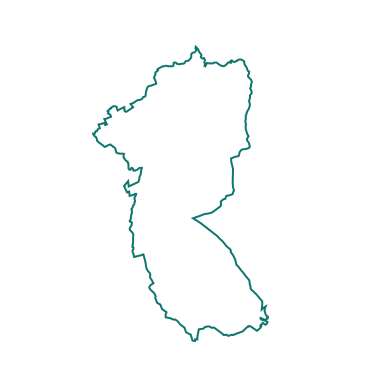 Santamaria-Orlea, Hunedoara, Romania, rotated 288°
{"feature_id": "2599482B19337014542277", "entity_name": "Santamaria-Orlea", "entity_type": "district", "adm_level": 2, "iso_a3": "ROU", "parent_name": "Romania", "parent_adm1": "Hunedoara", "projection": "orthographic", "projection_center": [23.001, 45.57], "detail": "fine", "context": "isolated", "style": "outline", "palette": "teal", "viewbox_px": 384, "rotation_deg": 288, "n_neighbors": 0, "source": "geoboundaries", "source_scale": "gbopen_adm2", "svg_char_len": 6042}
<svg xmlns="http://www.w3.org/2000/svg" viewBox="0 0 384 384"><g transform="rotate(288 192 192)"><path d="M62.3,222.0L60.7,226.7L56.9,229.6L56.3,232.0L56.0,234.8L50.8,238.4L51.3,241.0L52.8,240.5L53.5,242.7L55.0,242.0L63.5,240.9L65.5,245.0L67.8,246.2L69.4,249.6L69.3,251.6L68.9,252.9L69.9,254.7L66.4,265.3L65.7,266.4L66.9,268.6L66.4,271.1L68.5,273.9L68.7,275.4L70.6,277.5L75.0,283.2L81.1,286.5L81.0,287.0L82.2,287.7L82.4,288.9L80.1,296.8L84.1,299.1L85.6,299.3L85.8,298.4L87.0,298.5L87.1,299.1L89.4,299.7L88.5,302.8L89.3,303.7L91.7,304.0L92.2,301.8L92.1,297.3L92.9,296.2L93.4,296.1L93.0,299.8L93.2,301.5L94.2,302.2L95.2,302.2L95.2,303.0L96.8,302.8L97.1,301.7L97.9,300.2L101.2,297.9L103.0,297.3L105.9,297.4L104.5,296.2L101.8,294.6L107.1,293.5L109.9,292.5L111.7,289.3L114.3,285.3L116.6,280.6L116.7,280.2L117.4,278.7L118.4,277.5L119.0,277.2L120.0,277.0L122.3,275.3L123.2,275.1L125.7,273.7L126.0,273.4L128.6,269.1L131.1,265.6L132.8,262.7L135.2,259.4L136.5,256.8L137.0,256.4L138.9,255.4L141.7,253.4L144.8,250.3L146.8,247.5L147.4,247.4L149.1,246.4L151.2,241.4L154.2,237.0L156.7,231.7L157.8,229.9L163.8,213.4L165.1,209.7L167.3,201.1L173.0,208.5L174.2,209.8L174.8,210.7L177.0,214.9L178.0,216.5L179.5,218.0L186.9,223.3L188.4,223.6L189.3,223.5L190.4,222.8L191.9,222.3L194.6,224.0L195.9,225.8L197.7,225.7L198.9,225.9L200.9,229.4L202.6,231.2L203.1,231.3L204.8,231.2L206.4,231.5L207.3,230.8L210.0,229.2L213.2,227.9L226.8,223.8L232.7,220.1L236.0,218.8L237.2,220.3L238.4,221.5L240.0,224.3L240.9,225.3L241.5,225.5L242.8,225.1L244.6,225.0L247.1,225.8L248.2,227.0L248.7,228.2L249.3,229.1L249.6,230.1L251.0,232.0L252.2,232.9L252.9,233.0L255.2,231.7L256.8,230.3L258.0,228.6L258.6,228.1L260.3,228.0L262.5,228.5L264.3,226.6L268.1,223.9L270.9,222.7L273.0,222.5L274.7,221.3L276.7,220.7L278.5,220.5L281.2,219.5L282.4,219.8L283.5,219.5L284.8,219.7L286.1,219.6L287.9,220.2L291.7,220.4L294.1,219.6L295.3,218.6L296.1,218.2L299.9,218.0L301.4,217.3L302.1,217.3L304.1,218.2L304.6,218.2L305.5,217.9L307.0,216.9L308.5,215.3L310.4,215.5L312.7,215.0L315.0,214.9L315.8,214.6L317.0,213.4L318.8,210.1L319.3,209.6L320.0,209.3L322.0,209.5L323.9,209.4L324.1,209.0L324.4,208.0L325.0,207.1L326.9,205.8L327.7,205.0L329.0,203.1L331.1,201.7L332.3,201.3L332.6,200.8L333.2,197.6L332.8,196.5L332.4,195.7L331.4,194.5L330.6,194.4L330.1,193.6L328.7,192.2L328.7,191.1L328.8,190.2L329.4,189.4L329.3,188.8L328.9,188.5L328.4,188.8L327.6,188.8L327.1,189.2L326.9,189.1L327.5,188.2L327.4,187.6L326.6,187.3L326.0,186.1L325.0,185.9L323.2,184.9L321.8,183.7L321.3,182.8L321.2,182.3L321.2,180.1L321.8,177.9L322.6,175.9L322.6,175.2L322.2,173.7L321.7,172.8L320.7,172.1L319.5,167.9L319.3,166.4L315.6,165.7L315.8,164.9L318.2,165.0L318.9,163.7L321.3,163.6L322.1,163.1L323.0,162.1L323.0,161.8L322.3,161.3L322.2,160.9L322.4,159.9L323.0,158.7L324.7,158.7L325.7,158.2L327.7,155.2L329.5,153.9L331.3,150.7L329.8,150.8L328.8,152.0L328.1,152.3L326.0,151.5L325.0,150.5L324.5,149.5L323.3,148.8L322.5,148.8L320.0,149.6L319.1,149.5L317.1,148.8L315.9,148.0L315.0,146.9L314.7,145.9L314.1,145.4L312.9,145.2L311.6,144.5L311.4,144.2L310.7,142.3L309.8,141.0L309.3,139.1L309.3,138.2L310.0,136.9L309.9,135.4L309.1,134.7L306.9,135.2L306.2,135.2L305.7,134.8L305.3,133.9L305.1,132.9L304.5,131.8L304.0,128.1L302.8,126.4L302.2,124.9L298.2,121.3L297.7,121.3L297.3,122.0L297.0,122.0L296.0,121.5L295.3,120.7L294.3,120.3L293.8,120.3L293.2,120.7L292.0,120.9L290.0,120.5L288.7,120.6L288.0,121.5L285.6,123.6L284.0,124.5L283.5,124.1L282.0,121.9L281.0,120.9L279.6,118.5L278.0,117.3L277.0,117.2L274.7,117.3L273.9,117.1L273.1,117.5L271.8,117.5L269.9,118.0L268.7,118.0L267.9,117.5L267.5,116.7L267.1,116.2L265.0,115.7L263.9,114.5L263.7,114.1L263.1,113.4L263.0,112.7L262.6,112.1L261.9,111.3L259.0,109.1L256.7,106.4L254.4,109.8L248.0,104.8L247.9,103.9L248.2,103.5L248.1,103.1L248.3,102.7L251.8,101.4L248.7,98.1L246.6,96.2L248.0,95.0L249.6,94.1L249.8,93.8L249.8,92.2L249.3,91.0L248.8,90.2L246.4,88.6L246.2,88.9L245.2,88.0L242.9,86.7L242.5,87.9L240.7,87.8L240.5,89.7L240.3,90.1L239.4,91.2L239.1,91.2L238.6,91.7L235.0,87.5L234.3,86.1L230.0,90.1L228.9,88.8L230.1,87.5L230.4,87.0L228.4,84.2L227.4,82.3L224.2,84.6L222.2,82.8L220.8,82.9L220.4,82.8L220.1,81.8L219.8,81.5L217.2,81.4L216.8,80.7L217.0,80.0L216.4,80.0L216.2,80.7L215.2,81.7L214.8,82.7L214.8,83.3L213.0,85.2L212.0,85.5L211.6,85.8L210.9,86.8L210.2,88.4L208.5,93.8L207.9,94.7L208.1,95.5L210.6,97.8L212.0,99.8L211.2,101.6L211.1,102.6L210.5,103.2L210.6,103.7L210.2,104.8L209.3,105.9L208.8,106.2L208.3,106.3L207.3,107.1L206.7,107.3L206.4,107.7L206.4,108.0L205.8,108.8L205.8,109.1L206.2,110.7L206.1,111.1L206.2,111.6L207.2,114.8L207.2,115.6L205.1,115.7L203.6,116.4L203.5,116.9L202.9,117.2L202.7,117.8L201.8,118.7L201.1,120.6L200.9,120.9L200.9,121.4L200.1,121.8L200.1,122.0L199.6,122.6L194.7,124.4L194.1,125.0L193.9,125.8L194.2,126.6L196.1,126.9L196.4,127.2L196.4,127.5L196.0,128.4L195.4,129.3L194.4,129.5L194.3,130.0L194.5,130.9L196.3,133.1L198.3,134.3L198.9,135.1L199.4,136.8L198.2,137.0L196.4,137.0L193.1,137.8L190.2,137.4L188.0,137.9L185.0,137.9L177.7,130.1L182.6,127.9L176.6,125.5L176.2,126.2L174.9,127.1L171.5,130.5L173.0,132.1L169.0,133.9L171.3,137.2L173.0,139.0L173.0,139.5L171.1,139.6L169.0,139.0L167.8,139.4L165.8,140.7L164.4,140.5L162.8,140.9L162.0,140.7L161.3,140.2L158.9,140.3L157.3,139.8L157.3,140.1L155.4,140.5L153.7,141.4L151.8,141.2L150.7,141.5L149.3,141.5L147.8,142.1L146.6,142.1L145.8,141.7L145.1,141.7L144.9,141.8L144.6,142.7L144.7,143.6L144.5,144.2L142.0,144.8L138.2,144.0L137.1,144.4L136.6,144.7L134.9,148.0L134.1,148.8L132.3,149.7L130.6,150.0L127.1,151.2L123.8,151.9L122.3,151.9L121.5,152.9L121.1,152.8L121.1,153.3L120.8,153.6L119.4,153.9L117.7,153.6L116.2,154.3L114.9,155.6L112.3,157.0L116.1,163.1L117.2,164.3L117.6,165.1L110.9,169.4L106.7,171.5L104.2,173.2L101.8,176.9L100.3,178.0L98.3,178.2L97.1,179.2L96.0,180.7L93.3,183.5L90.9,181.5L88.4,180.7L87.2,181.4L86.0,183.3L83.8,187.8L81.5,189.7L80.0,189.7L75.7,193.2L75.2,196.6L71.4,199.7L69.8,204.9L67.0,204.8L64.7,205.7L65.3,210.4L64.9,213.5L65.5,215.3L64.9,217.8L62.3,222.0Z" fill="none" stroke="#0f766e" stroke-width="2"/></g></svg>